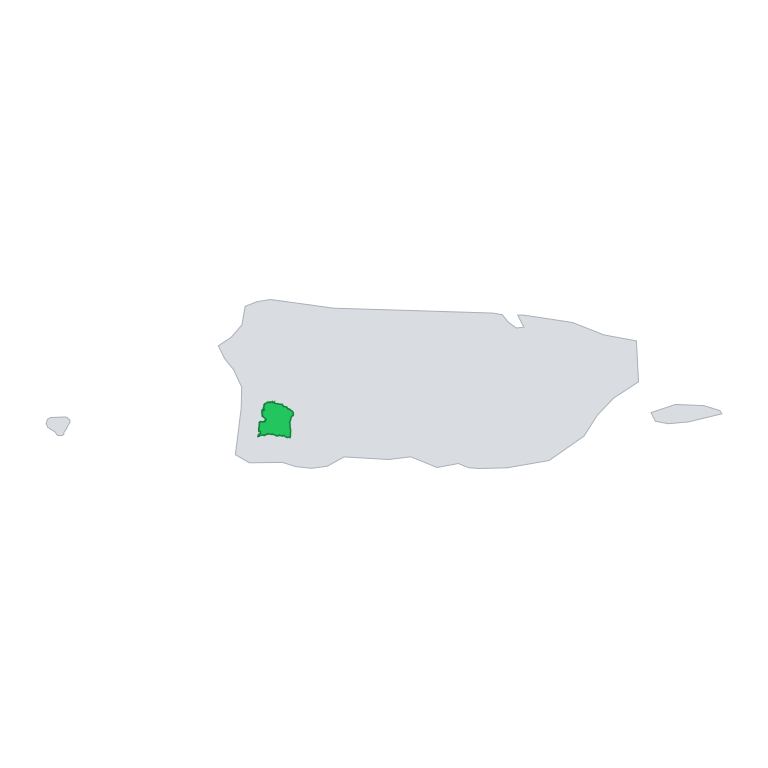 San Germán, Puerto Rico shown in context
{"feature_id": "32010507B44684662227535", "entity_name": "San Germán", "entity_type": "district", "adm_level": 2, "iso_a3": "PRI", "parent_name": "Puerto Rico", "parent_adm1": "", "projection": "robinson", "projection_center": [-67.051, 18.113], "detail": "fine", "context": "in_parent", "style": "filled", "palette": "green", "viewbox_px": 768, "rotation_deg": 0, "n_neighbors": 0, "source": "geoboundaries", "source_scale": "gbopen_adm2", "svg_char_len": 3513}
<svg xmlns="http://www.w3.org/2000/svg" viewBox="0 0 768 768"><path d="M508.3,322.2L516.3,328.0L523.9,327.2L517.7,315.1L523.4,315.1L572.4,322.5L603.9,334.9L636.4,340.9L638.5,381.8L613.6,398.1L597.3,415.2L584.0,436.1L549.1,460.5L507.0,467.8L478.9,468.5L468.5,467.7L458.3,463.5L437.1,467.5L410.9,456.8L388.5,459.5L344.0,456.9L327.3,466.2L311.4,468.3L295.7,466.6L282.4,462.4L249.4,462.8L235.4,454.7L241.2,408.2L241.7,387.1L233.6,369.7L224.7,358.7L218.3,345.8L231.2,337.3L241.9,324.9L245.2,306.3L256.9,301.7L270.5,299.5L333.6,308.2L493.2,313.1L502.3,314.7L508.3,322.2ZM688.5,421.9L668.4,423.7L655.4,421.3L651.0,412.6L675.3,404.5L703.7,405.6L719.9,410.6L721.9,413.8L688.5,421.9ZM62.6,435.4L60.2,435.7L57.8,435.4L56.7,434.5L55.1,431.9L47.8,427.4L46.1,423.4L47.7,419.1L50.7,417.5L65.5,417.0L67.0,417.4L70.0,420.4L70.0,422.4L68.6,424.5L66.0,429.6L64.9,430.9L64.0,432.2L63.7,434.5L62.6,435.4Z" fill="#d9dde1" stroke="#a8b0b8" stroke-width="1"/><path d="M257.9,436.5L258.5,436.5L258.8,436.3L259.2,436.2L259.7,436.0L260.0,435.5L261.3,435.1L262.1,435.3L262.7,435.1L263.3,435.0L264.1,435.6L264.8,434.9L265.3,435.0L265.9,434.4L266.5,434.3L266.9,434.6L267.4,434.3L267.8,433.8L268.3,433.6L269.0,434.1L270.1,434.1L271.6,434.5L272.2,434.3L272.4,433.9L273.0,434.4L274.2,434.8L274.6,434.8L275.7,435.4L276.3,435.8L276.5,436.0L276.8,435.8L277.3,435.9L278.8,435.7L278.9,435.1L279.2,435.1L281.2,435.8L281.7,435.8L281.9,436.0L282.4,436.1L282.8,435.6L283.3,435.7L283.8,435.3L284.2,435.8L284.5,435.9L285.2,436.8L286.1,436.9L286.9,437.3L287.0,437.5L287.4,437.6L287.7,437.6L288.3,437.1L290.0,437.6L290.4,436.4L290.6,430.0L290.7,429.8L290.6,429.5L290.3,428.8L290.3,427.6L290.0,427.0L290.1,425.0L289.9,423.8L289.8,423.1L289.6,422.7L290.0,422.0L289.8,421.6L290.5,420.3L290.5,419.8L290.9,418.9L290.9,418.2L291.1,417.4L291.6,416.4L292.7,415.7L293.2,415.5L293.3,414.6L293.4,414.2L293.2,413.0L293.0,412.2L292.2,411.1L291.8,410.9L291.4,410.7L290.9,410.5L290.6,410.0L289.5,409.1L288.9,409.0L288.5,409.3L288.0,408.6L287.6,408.7L287.4,408.1L287.0,407.3L285.9,406.8L285.4,406.9L285.2,406.9L284.4,406.7L284.0,406.3L283.3,406.3L283.3,405.7L282.6,405.3L282.2,404.2L281.8,404.2L281.2,404.4L280.6,404.3L280.3,404.2L279.6,404.3L278.9,404.0L278.3,403.9L278.1,403.8L276.8,403.6L276.3,403.5L275.4,403.5L274.9,403.1L274.4,403.2L274.2,402.9L273.6,402.7L273.8,402.3L273.5,402.5L273.2,402.0L272.6,401.8L272.3,402.4L272.0,402.4L272.0,402.0L271.7,402.3L271.1,402.1L270.6,402.4L270.4,401.9L270.2,401.9L269.5,402.4L269.2,402.2L268.8,402.5L268.6,402.1L267.2,402.2L266.8,402.7L266.5,402.8L266.1,403.3L265.7,403.7L264.8,403.6L264.1,404.6L264.2,405.0L263.9,405.1L264.3,406.1L264.0,406.6L263.6,407.1L263.4,407.3L263.7,408.4L263.7,409.0L264.2,409.1L264.3,409.4L264.1,410.1L263.8,410.6L263.3,410.0L263.5,409.3L262.9,409.2L262.4,409.5L262.1,410.0L262.3,410.6L262.5,411.1L262.3,411.2L262.0,411.0L261.7,411.2L261.9,411.6L262.1,412.6L261.7,413.3L262.5,414.2L262.3,414.8L262.1,415.6L262.6,415.9L262.2,416.1L263.8,417.4L264.4,418.0L264.9,418.2L265.4,418.6L265.9,418.9L265.8,419.8L265.0,420.3L265.6,420.6L265.0,421.6L264.3,421.6L263.6,421.7L263.7,422.0L263.5,422.4L263.5,422.0L262.5,422.1L261.9,421.6L261.5,421.7L260.9,421.5L260.4,421.5L260.1,421.7L260.4,421.9L259.4,422.4L259.5,422.5L259.5,423.8L259.2,423.9L259.2,425.1L259.4,425.9L259.0,426.5L258.9,427.2L259.0,427.9L258.7,428.3L259.0,429.0L258.6,429.6L258.8,431.3L259.2,431.1L259.9,431.2L260.1,431.7L260.5,432.0L260.4,433.2L259.4,433.7L259.0,434.4L258.4,434.8L257.9,436.5Z" fill="#22c55e" stroke="#15803d" stroke-width="1.5"/></svg>